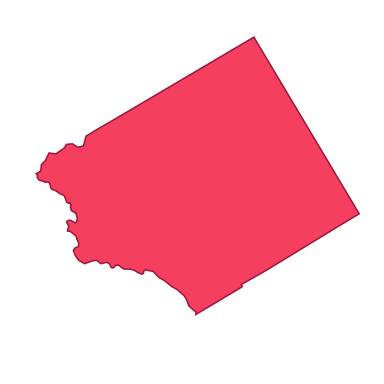 the district of Eagle, Colorado, United States of America, rotated 149°
{"feature_id": "52423323B31771107435040", "entity_name": "Eagle", "entity_type": "district", "adm_level": 2, "iso_a3": "USA", "parent_name": "United States of America", "parent_adm1": "Colorado", "projection": "equal_earth", "projection_center": [-106.318, 39.637], "detail": "fine", "context": "isolated", "style": "filled", "palette": "rose", "viewbox_px": 384, "rotation_deg": 149, "n_neighbors": 0, "source": "geoboundaries", "source_scale": "gbopen_adm2", "svg_char_len": 1418}
<svg xmlns="http://www.w3.org/2000/svg" viewBox="0 0 384 384"><g transform="rotate(149 192 192)"><path d="M197.5,85.1L197.5,87.3L169.6,86.6L82.5,87.2L59.9,87.2L59.2,292.9L230.5,294.3L236.1,294.5L254.0,294.5L261.3,287.4L266.9,289.2L269.7,294.9L275.1,297.5L278.7,295.5L289.1,294.8L294.4,299.1L301.3,294.5L306.9,293.1L310.9,287.9L316.2,287.9L315.8,287.2L316.2,285.1L317.3,284.1L316.8,280.7L314.5,278.4L313.7,277.7L312.9,276.0L310.0,274.7L309.6,272.5L310.3,269.8L311.1,268.3L310.5,266.0L308.8,264.4L307.2,261.3L306.1,258.5L303.5,255.1L303.9,251.2L304.7,247.9L303.5,245.7L302.1,245.5L302.4,243.0L303.7,242.2L305.0,238.3L302.5,233.6L303.9,228.4L305.6,226.7L306.8,225.6L308.0,225.8L309.3,227.9L310.5,230.2L312.2,231.2L313.6,231.2L314.0,231.4L315.0,230.8L315.1,229.5L315.3,225.5L317.5,224.4L318.8,222.5L317.0,221.5L315.3,217.4L314.1,214.0L315.1,210.4L315.3,206.7L317.5,203.6L320.8,204.3L323.8,203.1L324.8,197.6L324.3,192.0L321.1,185.9L312.7,184.2L308.9,182.6L307.1,177.5L303.2,176.3L300.9,175.3L299.8,173.1L300.0,170.6L300.1,168.7L298.6,167.6L297.3,167.5L295.6,168.5L292.4,167.1L291.4,163.7L290.0,161.0L287.2,159.3L284.2,157.4L281.7,154.5L279.9,150.8L277.5,148.0L277.5,147.3L275.4,147.4L274.1,149.0L271.8,149.2L269.4,146.8L266.2,144.0L264.3,135.6L261.3,130.4L258.1,121.4L255.0,116.1L252.3,107.5L252.0,103.2L253.4,96.1L250.5,86.9L251.8,85.0L199.8,84.9L197.5,85.1Z" fill="#f43f5e" stroke="#9f1239" stroke-width="1.5"/></g></svg>